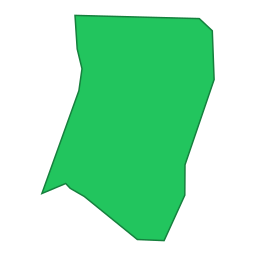 map outline of Ljubno (Mercator projection)
{"feature_id": "SVN-963", "entity_name": "Ljubno", "entity_type": "Municipality", "adm_level": 1, "iso_a3": "SVN", "parent_name": "Slovenia", "parent_adm1": "", "projection": "mercator", "projection_center": [14.843, 46.37], "detail": "fine", "context": "isolated", "style": "filled", "palette": "green", "viewbox_px": 256, "rotation_deg": 0, "n_neighbors": 0, "source": "natural_earth", "source_scale": "10m", "svg_char_len": 308}
<svg xmlns="http://www.w3.org/2000/svg" viewBox="0 0 256 256"><path d="M199.3,18.6L212.3,30.8L214.1,79.6L185.0,164.8L184.8,195.2L164.1,240.6L137.3,239.5L84.2,196.4L70.3,188.4L65.7,183.5L41.9,193.5L78.9,90.7L82.0,68.8L77.2,48.9L75.0,15.4L199.3,18.6Z" fill="#22c55e" stroke="#15803d" stroke-width="1.5"/></svg>